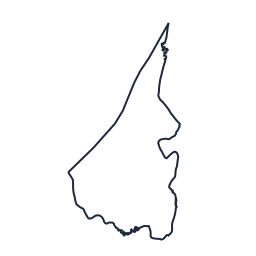 the district of Phonhong, Vientiane, Laos, rotated 5°
{"feature_id": "54806243B58411592743301", "entity_name": "Phonhong", "entity_type": "district", "adm_level": 2, "iso_a3": "LAO", "parent_name": "Laos", "parent_adm1": "Vientiane", "projection": "equal_earth", "projection_center": [102.429, 18.485], "detail": "fine", "context": "isolated", "style": "outline", "palette": "slate", "viewbox_px": 256, "rotation_deg": 5, "n_neighbors": 0, "source": "geoboundaries", "source_scale": "gbopen_adm2", "svg_char_len": 5695}
<svg xmlns="http://www.w3.org/2000/svg" viewBox="0 0 256 256"><g transform="rotate(5 128 128)"><path d="M72.6,177.0L73.3,178.8L75.0,180.8L76.9,183.3L77.6,184.4L78.1,188.1L78.6,192.9L79.3,196.7L79.9,198.6L80.8,201.1L82.1,205.7L83.4,208.5L84.1,209.1L87.3,211.1L90.5,212.4L92.9,216.6L95.2,219.9L96.3,221.4L97.8,221.6L99.5,221.1L101.2,219.9L102.9,218.4L105.2,217.6L107.1,217.6L109.4,218.7L111.3,220.9L112.2,223.1L113.2,224.5L114.4,225.1L115.8,224.9L116.9,224.0L118.3,223.7L120.6,223.6L121.2,223.8L122.3,224.6L122.5,225.3L122.6,225.6L123.0,226.3L123.4,226.8L124.4,227.7L124.9,228.6L125.4,228.6L125.7,228.8L126.1,228.8L126.3,228.8L126.5,229.0L126.7,229.5L126.9,230.0L127.0,230.3L127.3,230.5L127.4,230.8L127.5,231.0L127.7,230.9L127.8,230.7L128.0,230.7L128.0,230.4L128.1,230.2L128.6,230.3L129.0,230.7L129.3,230.7L129.8,230.5L130.5,230.4L130.7,230.5L130.6,231.2L130.4,231.6L130.2,231.7L130.1,232.1L130.0,232.5L130.2,232.8L130.6,232.7L130.9,232.7L131.1,232.9L131.3,233.1L131.7,233.4L131.8,233.7L132.0,233.8L132.3,233.5L132.3,233.1L132.4,232.4L132.7,231.8L133.2,232.3L133.4,232.9L133.4,233.8L133.0,234.7L133.1,234.9L133.2,235.4L133.7,235.3L133.9,235.0L133.9,234.0L134.0,233.8L134.1,233.1L134.4,233.0L135.0,233.9L135.3,233.7L135.6,233.5L136.1,232.7L136.4,232.7L136.5,232.8L136.5,233.1L136.4,234.1L136.7,234.1L137.1,234.0L137.4,234.0L137.9,233.8L138.0,233.7L138.1,233.3L138.1,233.0L138.0,232.9L137.8,232.8L137.8,232.6L138.0,232.5L138.4,232.5L138.5,232.3L138.8,232.3L139.4,232.6L139.7,232.6L139.9,232.4L139.9,231.8L140.1,231.4L140.1,231.1L140.0,230.9L140.2,230.6L139.9,229.7L139.9,229.1L140.1,228.8L140.3,228.7L140.6,229.0L140.6,229.6L141.1,230.5L141.4,230.7L141.7,230.8L142.0,230.6L142.3,230.4L142.8,229.7L143.0,229.6L143.2,229.9L143.1,230.3L143.2,230.7L143.4,231.0L143.7,230.9L144.0,230.8L144.3,230.5L144.1,229.5L143.8,228.9L143.5,228.6L143.3,228.2L143.2,227.7L143.5,227.2L143.7,226.6L144.0,226.0L144.2,225.9L144.5,225.9L144.6,226.5L144.4,227.5L144.6,227.9L145.0,227.8L145.8,227.6L145.8,226.8L146.1,226.5L146.3,226.4L146.5,226.5L146.7,227.0L146.8,227.6L146.7,228.1L146.2,228.2L145.9,228.2L145.5,228.4L145.5,228.8L145.9,229.1L146.3,229.1L146.7,229.0L147.2,228.3L147.6,227.9L148.3,226.7L148.8,226.2L149.5,225.9L150.3,225.2L151.1,225.1L152.5,224.2L153.9,224.1L156.0,224.2L156.6,223.8L157.4,224.0L158.0,225.4L159.0,227.7L159.6,229.6L159.8,231.1L159.9,233.5L160.6,234.8L161.6,235.4L163.5,235.8L164.6,235.8L167.3,235.8L169.4,235.8L171.1,236.2L172.6,235.6L174.2,233.7L175.3,232.0L176.2,231.3L176.8,231.1L177.7,231.6L178.2,230.7L179.2,229.9L180.3,228.3L180.7,227.2L180.8,225.5L180.5,222.5L180.3,220.3L180.5,217.8L181.5,214.0L182.2,210.4L182.6,206.7L182.7,204.0L182.8,203.1L183.4,202.3L183.0,201.8L182.9,201.8L182.8,201.7L182.7,201.4L182.4,201.2L182.6,200.5L182.6,200.4L182.6,200.2L182.1,200.2L182.1,199.4L182.0,199.1L182.4,198.5L182.3,198.4L181.9,198.3L181.9,198.2L181.9,197.9L182.1,197.6L182.2,197.3L182.3,197.0L182.4,196.5L182.4,196.2L182.5,195.8L182.5,195.6L182.4,195.5L182.2,195.5L182.1,195.8L182.0,196.1L181.8,196.1L181.8,195.8L181.9,195.6L181.9,195.4L181.7,195.1L181.7,194.9L181.9,194.8L182.0,194.7L182.1,194.4L182.1,194.1L181.9,193.4L181.7,193.2L181.5,192.9L181.3,192.5L181.3,191.7L180.9,190.7L180.4,189.7L180.0,189.3L179.8,189.2L179.5,189.0L179.1,188.9L179.1,188.7L178.9,188.5L178.5,188.5L178.2,188.2L177.9,188.0L177.8,187.6L177.9,187.3L178.0,187.1L178.0,186.9L177.7,187.0L177.6,186.9L177.6,186.4L177.1,186.4L176.9,186.1L176.6,185.9L176.5,185.7L176.4,185.4L176.2,185.1L175.6,184.8L175.5,184.6L175.0,184.4L174.8,184.1L174.5,183.7L174.4,183.6L174.2,183.4L174.1,183.0L174.1,182.3L174.4,181.1L175.4,178.3L176.7,175.9L178.3,173.8L178.9,172.7L179.2,172.0L179.2,170.7L179.2,166.3L179.3,165.0L179.4,164.1L179.6,163.6L179.8,163.1L180.1,161.6L180.3,155.9L180.5,153.5L180.4,151.8L180.1,150.9L179.3,149.1L178.6,148.3L177.3,147.6L176.1,147.6L174.5,148.9L172.7,150.6L169.2,154.7L168.0,154.6L166.8,153.4L164.1,149.1L162.3,146.6L161.1,144.5L159.4,140.3L159.8,138.7L160.4,137.7L161.5,136.7L164.2,135.8L165.9,135.5L167.5,135.4L169.8,135.6L171.0,134.8L172.2,133.6L175.3,131.6L176.3,129.6L176.3,128.5L176.8,127.0L177.3,126.6L177.6,126.2L178.0,125.2L178.3,124.3L178.6,123.5L179.3,122.2L178.9,121.0L179.4,119.5L175.8,116.3L172.9,113.3L169.1,109.2L166.7,105.8L164.1,102.9L160.4,99.2L157.4,96.8L155.4,93.4L155.5,90.9L155.6,87.8L155.5,86.5L155.5,82.7L155.6,81.1L155.9,77.0L156.8,71.5L157.0,69.3L157.3,67.7L158.4,61.6L158.6,60.8L158.9,59.7L159.1,58.6L159.2,57.8L159.3,57.1L159.4,56.6L158.8,56.5L158.5,56.4L158.5,56.2L158.7,55.8L159.1,55.6L159.5,55.3L159.8,54.8L159.9,54.3L159.8,53.6L159.6,53.3L159.3,52.9L159.0,52.8L157.9,52.9L157.7,52.9L157.6,52.6L157.7,52.3L157.9,52.1L158.1,51.8L158.2,51.4L158.2,51.1L158.2,50.9L157.7,50.5L157.6,50.2L157.6,49.9L157.6,49.6L157.7,49.4L157.9,49.4L159.0,49.8L159.3,49.8L159.4,49.7L159.6,49.5L159.5,48.6L159.6,48.2L159.6,47.7L159.8,47.5L159.9,47.4L160.1,47.3L160.7,47.2L160.8,47.1L160.8,46.9L160.7,46.7L160.2,45.9L160.0,45.7L159.9,45.7L159.7,45.7L159.5,45.8L159.4,46.1L159.2,46.4L159.1,46.6L158.4,46.3L158.1,46.3L157.7,46.5L156.6,47.4L156.1,47.6L155.9,47.7L155.7,47.6L155.6,47.3L155.6,47.0L155.7,46.6L155.8,46.2L156.0,45.9L156.2,45.6L156.4,45.4L156.8,45.0L157.2,44.8L157.4,44.7L157.5,44.5L157.5,44.4L157.4,44.3L157.1,44.2L156.7,44.2L156.4,44.3L156.1,44.3L155.7,44.3L155.4,44.3L155.1,44.2L154.9,44.0L154.7,43.5L154.7,42.9L154.2,41.6L154.2,41.2L154.3,41.0L154.5,40.9L154.8,40.9L155.1,41.0L155.6,41.3L155.8,41.4L156.0,41.4L156.0,40.9L156.0,40.6L156.0,40.3L156.1,40.1L156.3,39.9L156.8,39.9L157.4,39.8L158.5,33.6L158.5,31.3L158.6,29.6L158.7,26.0L159.0,21.9L159.4,19.8L142.7,56.6L135.2,70.1L130.1,82.8L121.3,111.3L114.6,124.8L95.4,150.6L72.6,177.0Z" fill="none" stroke="#1e293b" stroke-width="2"/></g></svg>